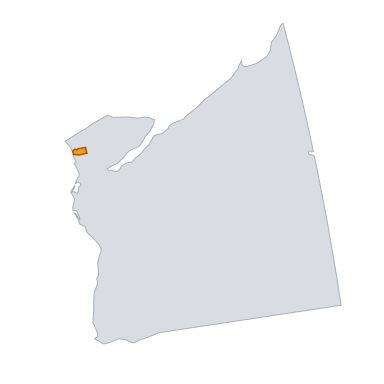 location of El Arish 4, Shamal Sina', Egypt, rotated 257°
{"feature_id": "37247803B14702199074319", "entity_name": "El Arish 4", "entity_type": "district", "adm_level": 2, "iso_a3": "EGY", "parent_name": "Egypt", "parent_adm1": "Shamal Sina'", "projection": "albers", "projection_center": [33.619, 30.865], "detail": "fine", "context": "in_parent", "style": "filled", "palette": "amber", "viewbox_px": 384, "rotation_deg": 257, "n_neighbors": 0, "source": "geoboundaries", "source_scale": "gbopen_adm2", "svg_char_len": 3326}
<svg xmlns="http://www.w3.org/2000/svg" viewBox="0 0 384 384"><g transform="rotate(257 192 192)"><path d="M335.9,318.7L327.9,318.9L320.0,319.1L312.1,319.3L304.1,319.4L296.2,319.6L288.2,319.7L280.3,319.8L272.3,319.8L264.4,319.9L256.4,319.9L248.5,319.9L240.5,319.8L232.6,319.8L224.6,319.7L216.7,319.6L208.8,319.4L204.2,319.4L205.0,317.1L205.5,315.5L205.0,314.4L203.5,314.1L202.5,314.4L200.0,319.1L198.8,319.3L195.9,319.2L186.7,319.0L177.4,318.7L168.2,318.4L159.0,318.1L149.7,317.8L140.5,317.4L131.2,317.0L122.0,316.5L112.7,316.0L103.5,315.5L94.3,315.0L85.0,314.4L75.8,313.8L66.6,313.2L57.3,312.5L48.1,311.8L48.6,306.1L49.0,300.3L49.4,294.6L49.9,288.9L50.3,283.1L50.8,277.4L51.2,271.7L51.7,265.9L52.1,260.2L52.6,254.4L53.0,248.7L53.5,242.9L53.9,237.2L54.3,231.4L54.8,225.7L55.2,219.9L55.7,214.1L56.1,208.4L56.6,202.6L57.0,196.9L57.5,191.1L57.9,185.3L58.4,179.5L58.8,173.8L59.3,168.0L59.7,162.2L60.2,156.4L60.6,150.7L61.1,144.9L61.5,139.1L61.9,133.3L62.4,127.5L62.3,126.4L61.3,122.4L60.6,117.3L59.9,111.1L59.9,109.1L58.3,102.6L58.3,100.8L58.9,99.6L62.7,94.5L63.9,92.0L65.0,89.0L65.4,86.5L64.8,82.5L63.9,79.0L63.8,75.4L63.9,71.9L65.8,69.6L68.0,67.6L68.8,66.2L70.2,64.8L71.1,64.1L72.5,67.4L75.9,68.2L87.3,66.2L99.5,69.8L106.3,71.3L116.7,74.3L122.9,79.0L124.6,79.6L129.3,79.8L132.2,82.4L144.2,84.2L150.5,87.3L154.1,89.7L156.3,90.4L158.2,90.4L160.9,89.7L164.3,88.2L168.0,86.2L175.6,80.9L178.3,80.0L180.0,80.3L182.1,80.3L183.1,78.8L184.2,77.8L184.9,76.7L186.1,75.3L190.0,75.0L197.8,72.8L196.9,73.9L189.8,76.4L192.8,76.8L195.9,76.0L199.5,75.5L200.1,74.3L200.6,72.2L201.3,71.9L203.8,72.4L211.0,75.8L212.8,75.9L217.9,74.2L219.0,73.8L220.7,74.9L224.4,79.1L223.1,79.0L219.1,75.4L218.7,77.1L216.3,80.2L219.2,81.6L221.5,82.2L222.8,83.9L223.6,85.5L225.9,84.8L227.6,82.7L226.7,81.6L226.2,80.3L226.9,80.3L228.5,81.3L233.1,85.4L234.7,86.2L236.5,86.1L240.2,85.0L241.3,85.2L246.3,83.7L246.9,84.8L247.7,85.9L251.8,84.7L258.2,84.7L263.4,83.4L269.4,80.2L269.9,79.7L270.2,80.5L271.0,82.7L272.8,88.2L274.5,92.5L276.5,98.5L277.1,100.8L277.4,102.3L280.3,108.9L282.1,114.3L283.4,118.7L285.2,125.1L286.0,127.3L284.8,128.5L282.3,132.7L279.7,145.9L276.0,156.3L275.6,162.8L275.0,165.1L273.1,168.4L270.9,171.6L266.9,170.0L260.4,164.4L256.6,159.0L252.5,155.5L248.7,150.9L247.7,147.6L247.7,145.5L246.1,140.3L244.9,137.9L240.3,132.3L239.0,129.4L237.9,128.1L236.9,126.2L235.3,119.1L233.6,114.5L231.5,115.7L231.8,117.7L230.0,120.3L228.8,123.3L229.7,125.8L233.4,129.7L234.1,131.4L235.0,135.0L234.8,139.9L235.4,141.5L238.2,145.2L239.2,147.4L239.8,149.3L240.8,150.9L243.6,154.1L247.6,160.2L251.5,164.3L254.3,166.2L255.5,168.2L255.7,173.3L255.5,175.7L258.0,180.3L258.9,182.6L261.3,184.5L262.4,186.6L263.4,190.1L265.0,200.4L267.1,202.9L273.7,216.5L279.2,225.0L282.0,231.4L286.1,239.1L294.4,256.1L299.3,261.3L301.2,264.2L304.7,266.4L308.6,269.6L305.0,269.4L304.1,269.6L302.8,270.2L302.2,272.2L302.0,273.8L302.6,282.5L303.7,286.8L307.0,295.1L309.5,297.5L310.7,299.1L312.3,300.3L320.0,303.0L324.6,308.8L334.8,316.2L335.8,318.2L335.9,318.7Z" fill="#d9dde1" stroke="#a8b0b8" stroke-width="1"/><path d="M259.4,98.3L259.8,90.7L259.1,89.2L260.1,87.3L259.3,86.1L258.8,84.9L258.5,85.0L257.9,85.0L257.5,85.1L256.9,85.1L256.5,85.1L255.9,85.1L255.4,85.0L254.4,87.5L253.5,90.1L253.5,93.2L253.5,97.8L253.4,98.3L259.4,98.3Z" fill="#f59e0b" stroke="#b45309" stroke-width="1.5"/></g></svg>